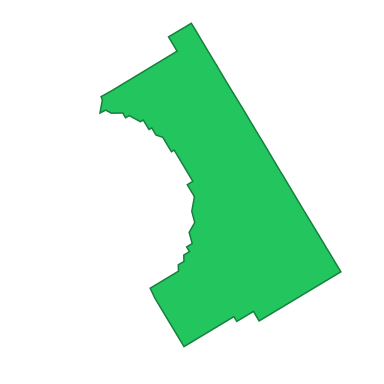 Wibaux, Montana, United States of America (Robinson projection), rotated 329°
{"feature_id": "52423323B54665003202260", "entity_name": "Wibaux", "entity_type": "district", "adm_level": 2, "iso_a3": "USA", "parent_name": "United States of America", "parent_adm1": "Montana", "projection": "robinson", "projection_center": [-104.243, 47.019], "detail": "fine", "context": "isolated", "style": "filled", "palette": "green", "viewbox_px": 384, "rotation_deg": 329, "n_neighbors": 0, "source": "geoboundaries", "source_scale": "gbopen_adm2", "svg_char_len": 989}
<svg xmlns="http://www.w3.org/2000/svg" viewBox="0 0 384 384"><g transform="rotate(329 192 192)"><path d="M105.5,320.4L163.7,320.4L163.7,326.0L183.2,326.0L183.1,337.1L278.5,337.1L278.5,311.3L278.4,309.3L278.5,306.4L278.5,306.1L278.5,304.9L278.3,264.4L278.4,224.8L278.3,222.0L278.5,185.0L278.5,183.8L278.4,178.9L278.4,177.4L278.4,174.9L278.4,169.3L278.5,168.3L278.4,163.8L278.5,150.5L278.2,116.7L278.3,98.1L278.4,97.4L278.4,97.0L278.4,95.3L278.3,94.3L278.3,93.1L278.3,72.7L278.3,72.0L278.3,67.6L278.4,55.5L278.3,47.0L251.8,46.9L251.7,63.6L173.9,63.8L163.2,63.4L162.5,67.0L153.8,76.9L160.2,77.4L163.5,83.0L173.3,88.6L173.3,94.2L177.5,94.2L184.0,105.2L187.3,105.2L187.3,116.3L190.5,116.3L190.5,124.6L195.1,130.1L195.1,146.9L198.3,146.9L198.2,183.3L191.7,183.3L191.7,197.2L181.9,208.4L178.6,219.6L168.8,225.1L165.6,236.3L159.1,236.3L159.1,241.8L152.5,241.8L149.3,247.4L142.8,247.3L139.6,252.9L106.6,252.9L105.5,264.0L105.5,320.4Z" fill="#22c55e" stroke="#15803d" stroke-width="1.5"/></g></svg>